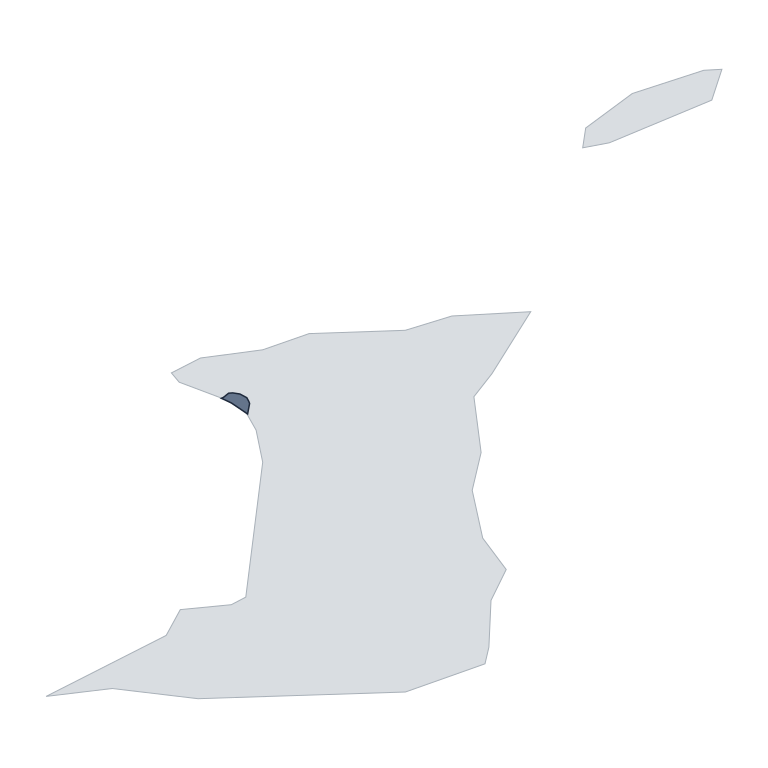 Port of Spain on a map of Trinidad and Tobago (orthographic projection)
{"feature_id": "TTO-64", "entity_name": "Port of Spain", "entity_type": "City", "adm_level": 1, "iso_a3": "TTO", "parent_name": "Trinidad and Tobago", "parent_adm1": "", "projection": "orthographic", "projection_center": [-61.515, 10.657], "detail": "fine", "context": "in_parent", "style": "filled", "palette": "slate", "viewbox_px": 768, "rotation_deg": 0, "n_neighbors": 0, "source": "natural_earth", "source_scale": "10m", "svg_char_len": 779}
<svg xmlns="http://www.w3.org/2000/svg" viewBox="0 0 768 768"><path d="M485.0,663.8L405.4,692.0L198.0,698.7L112.1,688.5L46.1,696.4L166.2,635.4L180.3,609.6L231.3,604.7L245.8,597.1L262.7,462.2L256.1,430.1L246.0,412.4L225.4,399.6L179.2,382.2L171.4,372.9L200.5,358.0L262.7,349.8L309.1,333.6L405.3,330.3L451.9,316.0L530.7,311.7L492.0,373.6L473.9,396.7L481.1,452.5L472.2,490.3L482.7,538.1L506.2,569.5L491.0,600.4L488.9,647.1L485.0,663.8ZM609.3,142.8L582.7,147.8L585.7,128.0L632.3,93.5L703.7,70.3L721.9,69.3L711.8,100.1L609.3,142.8Z" fill="#d9dde1" stroke="#a8b0b8" stroke-width="1"/><path d="M247.6,414.0L231.3,402.9L221.4,398.3L223.4,397.4L228.6,393.2L232.7,392.9L239.9,394.0L246.8,397.7L248.8,401.4L249.6,403.5L247.6,414.0Z" fill="#64748b" stroke="#1e293b" stroke-width="1.5"/></svg>